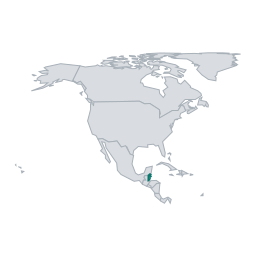 Belize on a map of North America (Equal Earth projection)
{"feature_id": "BLZ", "entity_name": "Belize", "entity_type": "country or territory", "adm_level": 0, "iso_a3": "BLZ", "parent_name": "North America", "parent_adm1": "", "projection": "equal_earth", "projection_center": [-88.465, 17.185], "detail": "coarse", "context": "in_parent", "style": "filled", "palette": "teal", "viewbox_px": 256, "rotation_deg": 0, "n_neighbors": 17, "source": "natural_earth", "source_scale": "50m", "svg_char_len": 8993}
<svg xmlns="http://www.w3.org/2000/svg" viewBox="0 0 256 256"><path d="M93.9,102.0L90.1,99.1L87.4,98.3L87.5,95.3L84.4,91.4L86.1,88.3L80.4,81.3L76.9,82.9L72.7,80.4L79.9,65.8L85.3,67.0L95.7,65.8L97.4,64.8L100.0,66.2L102.1,65.3L101.9,66.3L105.9,65.7L113.8,66.9L115.4,67.6L113.3,68.3L115.7,68.7L120.6,68.2L121.9,69.1L123.5,68.4L122.2,67.8L123.2,67.3L125.9,67.1L132.0,68.7L136.1,68.5L136.1,67.6L137.3,67.4L139.3,67.9L139.2,69.2L142.0,66.7L139.1,65.3L139.3,63.9L140.9,63.0L143.9,63.8L145.6,65.2L144.4,65.9L146.9,66.1L146.9,67.5L148.7,66.5L150.3,67.3L149.9,68.4L151.2,69.4L153.5,67.1L153.6,65.6L157.4,65.9L159.3,66.6L158.4,68.0L159.3,69.5L153.4,70.3L151.3,73.0L146.5,74.9L141.2,79.4L140.4,82.8L142.6,83.1L143.9,86.2L159.2,89.8L159.6,93.4L163.3,97.5L165.2,94.8L163.0,90.7L167.8,87.2L164.5,83.0L166.0,81.2L164.5,77.0L170.6,76.8L177.1,79.1L178.1,82.8L180.8,84.1L184.7,80.3L190.6,86.4L190.3,87.5L197.8,90.8L200.9,93.4L201.5,95.6L195.3,99.5L185.1,99.5L178.3,106.6L187.6,101.6L189.2,102.6L187.8,104.0L189.4,107.9L191.7,108.9L194.4,108.6L195.7,106.2L197.3,108.5L188.7,113.7L187.4,113.5L187.1,111.7L189.8,109.9L185.3,110.2L183.7,106.1L181.2,105.3L178.0,110.5L172.4,110.5L160.0,117.9L158.8,117.2L160.4,113.6L159.5,109.8L149.8,103.5L144.5,103.8L139.4,101.2L93.9,102.0ZM156.1,76.8L157.1,76.0L159.1,76.0L157.4,77.2L156.1,76.8ZM160.8,61.9L159.4,60.9L165.4,61.9L162.6,61.9L160.8,61.9ZM162.4,78.1L161.9,76.9L162.9,77.2L162.4,78.1ZM143.2,59.5L142.5,59.9L139.1,59.6L141.7,58.8L143.2,59.5ZM143.1,57.0L140.2,57.0L139.9,56.7L142.4,56.8L143.1,57.0ZM137.3,55.9L141.0,56.2L138.8,56.7L137.3,55.9ZM160.5,59.6L144.7,59.7L142.9,58.2L139.0,57.7L145.8,57.7L148.8,58.9L158.8,58.8L160.5,59.6ZM120.0,56.6L123.5,56.6L118.9,56.8L120.0,56.6ZM121.7,55.9L123.9,56.1L120.3,56.2L121.7,55.9ZM202.0,97.3L200.7,100.4L206.3,101.5L206.2,103.0L207.2,102.7L208.4,105.1L208.1,107.0L206.2,106.6L205.7,104.6L204.2,106.5L202.5,104.9L197.6,105.0L199.4,98.5L202.0,97.3ZM153.2,71.5L159.4,74.3L161.5,74.7L157.2,74.1L153.9,75.8L151.4,75.0L153.2,71.5ZM159.7,62.8L163.4,62.0L175.6,64.8L178.4,66.6L176.1,67.2L186.1,69.9L183.9,72.7L179.6,70.6L177.8,70.7L177.8,71.6L183.5,75.2L183.2,76.4L177.5,74.7L181.8,77.6L177.8,77.0L168.8,73.2L163.6,73.3L164.4,72.2L169.8,72.0L171.2,69.2L170.1,68.1L162.2,65.2L149.4,64.9L148.3,64.5L149.7,63.9L147.8,63.9L147.4,62.6L149.7,61.1L153.0,60.8L152.1,61.5L153.1,62.3L157.5,60.9L159.8,62.1L159.7,62.8ZM140.0,61.2L144.6,60.5L147.1,60.7L140.7,62.8L140.0,61.2ZM106.9,58.4L112.0,57.0L115.6,56.9L114.1,57.9L106.9,58.4ZM79.9,93.1L82.4,91.8L81.3,94.0L82.2,95.6L79.9,93.1ZM129.0,55.5L134.6,55.9L135.9,56.7L129.3,56.3L130.5,56.0L129.0,55.5ZM92.6,103.1L89.2,102.4L85.9,98.4L89.8,99.4L92.6,103.1ZM103.5,60.3L112.8,60.4L115.1,61.2L110.0,62.3L107.9,63.7L104.2,64.3L101.0,63.1L104.4,60.9L103.5,60.3ZM123.5,57.7L128.1,59.0L119.6,60.1L117.6,59.8L120.4,59.3L112.9,59.3L116.2,58.0L123.9,59.0L122.3,58.0L123.5,57.7ZM124.1,61.6L127.9,62.1L128.7,64.2L132.9,66.0L130.7,66.1L130.9,67.2L126.3,66.6L116.2,67.5L111.4,65.5L118.1,65.0L110.9,64.8L110.4,64.3L113.6,63.8L109.4,63.5L115.5,61.4L116.7,61.6L115.9,62.1L122.1,61.8L124.0,63.3L124.8,62.8L124.1,61.6ZM134.3,62.1L132.9,61.3L138.3,60.8L137.4,61.7L139.3,62.2L138.9,63.3L136.7,63.8L131.6,62.3L134.3,62.1ZM126.5,61.0L128.2,61.0L129.2,61.2L127.9,62.0L126.5,61.0ZM132.1,58.1L138.1,58.2L137.5,59.5L132.1,58.9L132.1,58.1ZM139.7,54.9L145.0,54.1L152.9,55.5L149.0,56.3L144.3,56.3L143.0,56.0L144.0,55.5L139.7,54.9ZM146.0,53.7L160.5,53.0L181.1,53.3L174.5,54.0L177.0,53.9L170.5,55.1L163.7,55.5L165.3,55.6L164.5,55.7L165.6,56.1L160.4,57.3L162.7,57.7L159.5,58.3L148.4,58.0L150.5,57.3L149.9,56.7L154.0,57.0L150.3,56.3L153.7,55.5L151.5,54.8L157.6,54.6L150.7,54.6L146.0,53.7ZM167.7,69.0L165.3,69.5L164.9,68.8L166.6,67.8L167.7,69.0ZM136.8,65.3L140.1,66.7L139.2,67.1L134.6,66.3L136.8,65.3ZM188.2,100.2L191.0,100.6L192.9,101.8L189.9,101.2L188.2,100.2ZM189.9,106.2L190.7,107.2L193.4,107.4L192.2,108.4L189.9,107.5L189.9,106.2Z" fill="#d9dde1" stroke="#a8b0b8" stroke-width="1"/><path d="M93.9,102.0L139.4,101.2L144.5,103.8L149.8,103.5L159.5,109.8L159.5,117.9L172.4,110.5L178.0,110.5L181.2,105.3L183.7,106.1L185.7,110.9L180.6,113.4L179.7,116.4L181.3,117.9L175.0,119.5L178.1,119.5L174.6,119.9L173.3,124.1L172.1,122.8L173.1,125.3L171.7,128.0L170.7,123.6L170.9,126.0L169.7,125.7L172.3,131.9L162.6,141.7L165.2,152.9L164.7,157.0L162.2,155.4L158.3,145.4L155.8,146.1L153.4,144.2L147.6,144.8L147.9,147.3L138.3,146.5L133.7,150.5L132.8,155.4L130.1,154.1L126.8,146.7L121.3,147.0L117.0,141.0L108.7,142.0L102.4,138.6L98.0,139.1L95.9,135.5L92.3,134.1L87.6,120.9L90.6,109.4L90.5,103.7L93.0,104.0L93.5,106.0L93.9,102.0ZM79.9,65.8L72.7,80.4L76.9,82.9L80.4,81.3L86.1,88.3L84.7,90.4L81.4,84.3L77.6,84.1L73.8,81.7L64.2,79.4L62.4,79.8L62.1,81.0L55.9,82.4L59.5,78.7L52.7,82.1L53.3,82.9L51.2,84.2L42.8,88.2L31.3,90.9L43.4,86.3L47.8,82.8L40.2,83.3L40.8,80.9L37.2,80.0L37.2,78.4L38.4,77.4L41.3,75.6L47.4,74.6L47.0,73.6L48.5,73.0L42.2,73.5L39.2,71.6L45.3,70.3L48.6,71.0L44.2,67.7L45.5,67.0L60.7,63.7L79.9,65.8ZM31.9,74.6L33.5,74.7L35.6,75.4L34.0,75.9L31.9,74.6ZM21.4,170.9L23.8,171.4L21.9,172.9L21.4,170.9ZM20.9,167.6L21.1,168.7L20.7,167.8L20.9,167.6ZM19.8,167.0L20.6,167.4L19.6,167.4L19.8,167.0ZM18.2,166.8L19.1,166.8L18.2,166.8ZM15.8,164.5L15.9,165.4L15.4,164.9L15.8,164.5ZM33.8,80.6L36.5,80.4L36.2,81.1L33.8,80.6ZM49.9,85.5L53.8,85.2L49.7,86.3L49.9,85.5Z" fill="#d9dde1" stroke="#a8b0b8" stroke-width="1"/><path d="M181.4,170.9L181.6,175.1L176.3,174.4L180.3,173.5L178.6,170.4L181.4,170.9Z" fill="#d9dde1" stroke="#a8b0b8" stroke-width="1"/><path d="M182.2,176.3L181.7,170.4L188.0,173.7L183.5,174.2L182.2,176.3Z" fill="#d9dde1" stroke="#a8b0b8" stroke-width="1"/><path d="M167.4,154.0L169.3,153.0L169.4,153.6L167.4,154.0ZM169.4,152.5L170.9,153.6L170.6,155.4L170.3,153.7L169.4,152.5ZM168.4,158.6L169.4,157.1L170.1,160.6L168.4,158.6Z" fill="#d9dde1" stroke="#a8b0b8" stroke-width="1"/><path d="M199.0,53.3L208.3,52.8L221.9,52.8L229.6,53.2L216.7,53.5L228.6,53.8L227.6,54.2L236.0,53.7L240.6,54.1L231.9,54.9L234.8,54.9L233.3,56.0L234.1,56.9L236.1,57.5L232.4,57.9L235.1,58.4L236.1,59.2L234.8,59.3L237.2,60.2L232.7,61.4L235.3,62.7L231.9,62.5L236.2,63.6L237.4,64.6L235.2,64.8L231.7,63.6L232.8,64.5L231.7,65.2L237.1,65.3L217.3,72.0L216.7,75.1L215.0,76.4L216.1,77.7L215.9,80.8L208.3,79.4L201.8,74.8L196.7,69.4L199.5,65.6L194.6,66.0L194.4,64.4L198.5,64.7L192.1,63.3L193.2,62.2L187.1,59.0L174.5,58.4L170.7,57.5L176.4,57.2L168.2,56.6L177.2,55.4L177.6,55.2L174.3,54.9L181.0,54.1L180.4,53.8L194.8,53.4L202.0,53.9L199.0,53.3Z" fill="#d9dde1" stroke="#a8b0b8" stroke-width="1"/><path d="M98.0,139.1L102.4,138.6L108.7,142.0L117.0,141.0L121.3,147.0L125.6,145.7L130.1,154.1L133.6,155.4L132.0,164.0L135.5,173.1L138.3,174.9L144.1,173.0L146.2,167.6L152.3,166.2L150.9,174.6L144.8,175.7L144.0,177.2L145.8,180.2L143.4,180.2L142.4,184.2L139.3,180.5L134.2,181.3L121.0,174.5L117.4,170.3L116.7,163.1L106.1,147.8L104.9,142.4L101.7,141.8L110.4,161.6L109.5,163.0L105.4,158.2L105.4,155.0L100.6,150.8L102.5,148.7L98.0,139.1Z" fill="#d9dde1" stroke="#a8b0b8" stroke-width="1"/><path d="M171.2,199.4L170.2,203.2L167.8,198.6L164.4,203.2L160.6,201.0L160.4,197.3L163.3,199.1L168.0,197.1L171.2,199.4Z" fill="#d9dde1" stroke="#a8b0b8" stroke-width="1"/><path d="M161.1,197.1L160.3,200.6L155.1,196.1L154.5,193.6L159.0,193.5L161.1,197.1Z" fill="#d9dde1" stroke="#a8b0b8" stroke-width="1"/><path d="M159.0,193.5L155.0,193.1L151.2,188.4L156.5,183.5L159.9,183.0L159.0,193.5Z" fill="#d9dde1" stroke="#a8b0b8" stroke-width="1"/><path d="M159.9,183.0L156.5,183.5L151.9,188.2L148.0,184.4L150.7,180.7L156.3,180.4L159.9,183.0Z" fill="#d9dde1" stroke="#a8b0b8" stroke-width="1"/><path d="M148.0,184.4L151.1,186.1L150.7,187.8L146.5,186.2L148.0,184.4Z" fill="#d9dde1" stroke="#a8b0b8" stroke-width="1"/><path d="M142.4,184.2L143.4,180.2L145.8,180.2L144.0,177.2L144.8,175.7L148.4,175.7L148.2,180.7L150.1,181.1L148.0,184.4L146.5,186.2L142.4,184.2Z" fill="#d9dde1" stroke="#a8b0b8" stroke-width="1"/><path d="M190.3,173.9L193.2,174.7L190.2,175.4L190.3,173.9Z" fill="#d9dde1" stroke="#a8b0b8" stroke-width="1"/><path d="M169.0,174.7L171.7,174.2L173.0,175.5L169.0,174.7Z" fill="#d9dde1" stroke="#a8b0b8" stroke-width="1"/><path d="M161.3,162.1L168.7,163.8L176.7,169.4L170.0,170.5L171.2,169.1L168.0,166.1L162.2,163.5L156.2,165.3L161.3,162.1Z" fill="#d9dde1" stroke="#a8b0b8" stroke-width="1"/><path d="M201.0,195.7L203.0,193.7L203.0,195.7L201.0,195.7Z" fill="#d9dde1" stroke="#a8b0b8" stroke-width="1"/><path d="M148.2,180.7L148.3,175.5L148.4,175.3L148.5,175.2L148.8,175.5L149.0,175.3L149.4,174.5L149.6,174.1L149.8,174.0L150.0,174.0L149.9,174.3L150.0,174.4L150.3,174.4L150.4,174.7L150.4,174.9L150.2,175.6L150.1,175.9L150.0,176.2L150.2,176.5L150.0,176.8L150.0,177.0L150.0,177.3L150.1,177.9L150.0,178.8L149.8,179.1L149.7,179.3L149.5,179.6L149.2,179.7L148.9,180.3L148.8,180.5L148.2,180.7ZM150.6,175.4L150.6,175.5L150.6,175.3L150.7,174.9L150.8,174.9L150.6,175.4ZM150.8,176.7L150.7,177.1L150.7,176.7L150.9,176.5L150.9,176.4L151.0,176.5L150.9,176.6L150.8,176.7Z" fill="#14b8a6" stroke="#0f766e" stroke-width="1.5"/></svg>